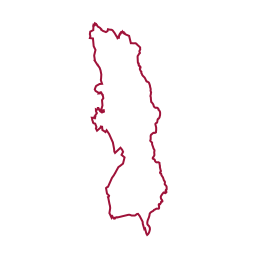 Ezeres pag., Saldus, Latvia, rotated 261°
{"feature_id": "27541924B94087058681493", "entity_name": "Ezeres pag.", "entity_type": "district", "adm_level": 2, "iso_a3": "LVA", "parent_name": "Latvia", "parent_adm1": "Saldus", "projection": "equal_earth", "projection_center": [22.341, 56.433], "detail": "fine", "context": "isolated", "style": "outline", "palette": "rose", "viewbox_px": 256, "rotation_deg": 261, "n_neighbors": 0, "source": "geoboundaries", "source_scale": "gbopen_adm2", "svg_char_len": 5792}
<svg xmlns="http://www.w3.org/2000/svg" viewBox="0 0 256 256"><g transform="rotate(261 128 128)"><path d="M19.4,130.2L20.1,131.3L21.4,132.4L23.0,133.2L24.5,133.8L25.5,133.9L26.4,133.9L28.0,133.3L29.5,132.2L30.1,132.1L31.4,132.2L32.7,132.6L33.7,133.0L36.5,134.7L38.3,135.5L39.9,136.0L40.7,136.7L41.0,137.1L41.5,138.0L42.1,139.7L42.5,140.4L42.9,140.7L43.2,141.4L43.3,142.1L43.9,143.4L43.7,144.6L43.5,145.4L43.6,145.9L43.9,146.1L44.6,146.3L45.8,146.4L47.3,146.3L47.9,146.6L48.0,146.9L47.6,147.3L47.6,147.6L48.6,148.6L50.0,149.2L50.1,149.6L49.9,149.9L49.9,150.2L50.0,150.4L50.1,150.5L50.6,150.6L51.3,150.3L51.9,150.2L52.6,149.7L53.9,149.5L54.7,149.6L55.2,149.7L55.6,150.0L56.2,150.4L56.5,150.8L57.3,151.4L58.0,152.3L58.6,152.8L58.8,153.4L58.8,153.6L58.5,154.0L58.0,154.2L57.8,154.5L58.3,155.6L58.6,155.9L59.2,155.9L60.0,155.4L60.6,155.5L61.0,155.8L61.0,156.3L61.4,156.6L63.6,156.9L64.2,156.9L65.2,156.5L66.3,155.7L66.7,155.5L67.1,155.5L68.0,155.9L69.4,156.0L70.5,155.3L73.7,154.8L76.0,153.7L77.7,153.6L77.9,153.4L78.2,152.8L78.6,152.7L79.2,152.7L80.1,153.7L80.4,153.8L81.2,153.6L83.0,153.5L83.7,153.4L84.7,153.4L85.2,153.6L85.8,153.6L87.2,153.5L88.7,153.6L89.2,152.9L89.5,152.5L89.5,151.7L89.6,150.8L89.8,150.5L90.3,150.0L91.3,149.5L92.1,149.5L92.7,149.3L93.1,148.9L93.2,148.5L93.6,148.0L93.9,147.7L94.4,147.7L95.0,148.0L95.4,148.6L96.8,149.7L97.6,149.9L100.0,150.1L101.4,150.6L101.7,150.6L102.3,150.6L103.7,150.0L105.3,149.8L107.8,149.3L108.6,149.3L109.3,149.4L109.7,149.5L110.1,149.3L111.4,148.2L112.1,148.0L112.4,148.1L113.2,148.6L115.6,149.0L116.1,149.0L117.1,149.3L117.7,149.7L117.9,149.9L118.0,150.4L118.4,150.8L119.0,151.7L119.0,151.8L119.0,152.0L119.2,152.5L119.3,153.0L119.2,153.3L118.9,153.7L119.2,154.7L119.4,155.0L120.0,155.1L120.6,155.2L121.5,155.5L124.1,155.9L127.5,155.6L127.8,155.7L128.4,156.3L128.6,157.1L128.8,157.5L129.6,157.9L131.8,158.6L132.2,159.0L132.4,159.2L132.3,159.5L132.5,159.8L133.4,160.7L135.8,161.7L137.9,162.1L139.0,162.1L140.0,161.8L141.1,161.2L141.4,160.9L142.2,161.0L143.1,160.4L143.3,160.2L143.5,159.8L143.6,159.3L143.5,158.9L143.6,158.5L144.1,157.7L144.6,157.3L145.3,156.9L147.1,156.7L147.9,156.4L149.6,155.5L150.1,155.0L150.6,155.0L151.5,155.1L152.5,155.1L154.4,155.3L155.3,155.3L156.0,155.1L157.7,155.8L159.2,156.2L159.6,156.4L161.3,156.1L162.3,156.4L163.4,156.5L164.9,156.3L166.6,156.3L168.3,156.0L169.3,155.8L169.7,155.6L170.6,154.6L171.0,154.0L171.0,153.7L171.3,153.5L174.5,152.6L175.5,152.1L177.0,151.0L178.0,150.4L179.1,150.2L180.4,149.7L180.7,149.8L181.2,150.0L181.5,150.0L182.4,149.4L184.2,148.9L184.7,149.0L185.4,149.2L185.6,149.8L186.2,149.8L186.6,149.8L186.8,149.6L186.9,149.4L187.5,149.2L187.5,148.8L187.9,148.5L188.2,148.4L188.7,148.4L189.2,148.6L190.0,148.7L190.2,148.2L190.3,148.2L191.3,148.0L196.8,148.6L197.5,148.8L197.9,149.1L198.8,150.0L199.3,150.3L200.0,151.3L200.2,151.5L200.6,151.5L201.4,151.2L201.7,151.2L202.4,151.4L203.4,152.2L203.8,152.4L204.6,152.4L205.7,152.6L207.9,150.9L208.7,150.2L209.5,149.8L210.4,148.7L210.5,148.7L210.8,146.6L211.0,145.8L211.3,144.1L218.8,143.5L220.8,140.3L221.7,139.2L221.8,139.5L222.0,139.6L222.6,138.9L223.2,138.8L223.3,138.8L223.4,138.6L223.4,138.3L223.7,138.0L223.7,137.9L223.6,137.6L223.9,137.5L223.6,137.3L223.9,137.0L223.8,136.2L222.8,135.9L222.4,135.6L222.4,135.4L222.8,135.2L222.2,134.6L221.3,134.5L221.2,134.3L221.3,134.0L221.1,133.8L220.7,133.7L219.2,133.3L218.6,133.1L218.7,132.9L219.4,132.9L219.5,132.4L219.8,131.9L219.7,131.8L219.5,131.7L218.5,132.0L218.4,131.9L218.3,131.7L219.6,131.4L220.3,131.0L223.7,129.7L226.6,128.2L227.1,127.8L227.6,127.1L228.1,125.0L228.7,123.7L226.9,122.9L226.2,121.2L227.9,118.3L229.0,117.3L229.1,117.0L229.5,116.9L229.9,117.0L230.2,116.6L230.9,116.3L231.8,115.5L232.1,115.1L232.3,114.7L233.0,114.0L234.8,113.3L235.3,112.9L235.8,112.8L236.2,112.2L236.1,111.9L236.5,111.8L236.6,111.7L236.3,111.5L235.9,111.5L236.1,111.3L235.8,111.1L235.4,111.0L235.6,110.8L235.6,110.7L235.2,110.5L235.3,110.2L234.8,110.2L234.7,110.2L234.8,109.9L234.7,109.8L234.1,109.9L233.9,109.6L233.6,109.7L230.1,109.0L229.1,105.8L226.7,105.0L224.6,105.2L222.8,104.4L221.9,107.4L214.2,106.9L210.2,108.1L205.1,106.0L204.5,105.9L199.7,105.9L199.7,105.7L194.9,107.8L195.0,108.0L194.2,108.3L191.9,109.4L189.0,109.9L185.0,110.0L181.3,109.2L179.7,108.7L178.5,108.8L175.7,109.3L175.9,106.8L174.9,104.1L174.7,103.5L174.3,102.9L171.4,101.2L169.6,101.8L167.3,104.6L166.7,104.3L166.7,104.8L166.6,105.1L166.6,105.7L167.6,106.3L167.4,107.1L166.8,107.2L165.8,107.6L164.8,107.8L164.7,108.2L161.3,108.3L159.6,106.7L154.2,106.3L151.2,104.9L150.4,103.9L149.3,105.3L149.4,106.8L147.9,106.8L147.4,104.7L148.9,103.1L152.4,101.9L152.5,101.3L151.0,100.8L151.1,99.6L151.4,99.2L149.7,99.0L148.6,99.2L147.6,99.6L146.9,99.0L146.7,98.7L145.6,97.7L144.7,97.6L144.7,97.1L143.0,97.1L142.8,96.9L143.8,96.1L143.4,95.6L143.8,93.9L142.5,94.1L141.9,93.9L139.1,94.4L138.9,94.3L138.1,94.7L137.5,96.2L137.3,96.3L133.9,97.0L132.9,96.3L132.6,96.2L130.2,97.0L132.7,101.0L133.7,101.4L133.3,102.6L130.0,102.4L128.7,103.9L127.5,105.1L129.1,106.5L125.0,108.4L116.1,110.8L109.7,111.0L107.0,110.8L106.2,111.0L105.4,111.3L109.7,117.5L107.4,118.8L105.2,119.4L102.5,117.4L99.5,120.0L93.6,117.5L91.7,114.1L90.9,112.4L86.9,109.3L85.5,108.3L85.5,108.2L83.6,106.7L81.3,104.4L73.1,99.1L72.7,98.1L72.7,97.7L72.3,97.3L72.1,96.9L66.5,97.0L64.1,98.7L63.1,98.2L62.9,97.4L61.7,97.6L55.9,97.8L53.9,98.0L51.7,97.9L46.8,96.3L46.0,96.6L42.4,97.6L43.8,98.3L43.8,98.5L43.2,98.8L41.6,99.2L40.9,99.8L41.3,100.5L40.7,100.9L41.5,101.8L41.6,102.6L41.4,102.6L41.4,103.4L41.3,103.5L42.2,114.8L42.1,115.7L42.0,116.1L41.0,117.9L40.5,121.1L40.7,121.8L41.4,122.9L41.7,123.6L41.6,124.1L41.6,124.5L41.1,124.7L39.6,125.6L38.8,125.9L33.4,127.7L32.8,127.8L31.2,127.6L25.6,128.3L26.1,129.1L21.2,129.6L20.4,129.8L19.4,130.2Z" fill="none" stroke="#9f1239" stroke-width="2"/></g></svg>